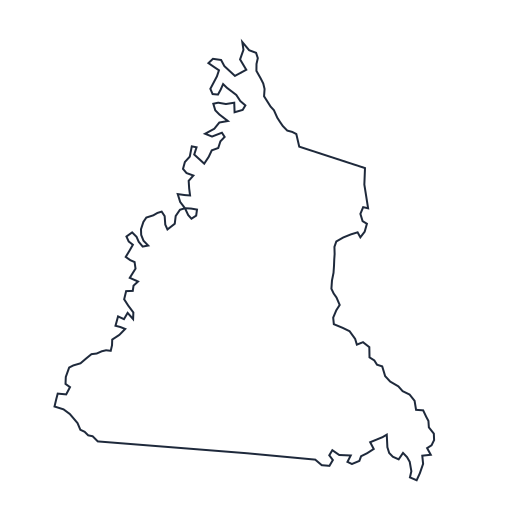 Espigão Alto do Iguaçu, Paraná, Brazil (Natural Earth projection), rotated 184°
{"feature_id": "56859067B3703545459584", "entity_name": "Espigão Alto do Iguaçu", "entity_type": "district", "adm_level": 2, "iso_a3": "BRA", "parent_name": "Brazil", "parent_adm1": "Paraná", "projection": "natural_earth1", "projection_center": [-52.784, -25.384], "detail": "fine", "context": "isolated", "style": "outline", "palette": "slate", "viewbox_px": 512, "rotation_deg": 184, "n_neighbors": 0, "source": "geoboundaries", "source_scale": "gbopen_adm2", "svg_char_len": 2905}
<svg xmlns="http://www.w3.org/2000/svg" viewBox="0 0 512 512"><g transform="rotate(184 256 256)"><path d="M182.7,57.0L175.8,51.9L168.1,51.8L165.1,57.8L169.0,62.3L166.3,67.6L159.1,63.3L147.6,63.6L150.4,57.0L145.8,55.2L138.6,58.8L137.2,63.6L131.4,67.0L125.1,71.7L129.1,78.2L117.0,84.2L113.1,86.9L111.6,74.4L109.4,68.8L105.5,65.3L99.5,63.1L95.6,69.8L91.3,65.9L88.3,61.4L86.0,52.1L87.0,45.9L80.1,43.5L77.4,50.7L74.8,60.3L76.2,68.4L67.8,69.9L71.9,76.3L67.7,79.4L65.5,84.8L66.2,91.2L71.6,97.1L72.5,103.5L75.0,107.5L78.5,113.7L85.6,113.7L87.7,122.6L93.1,128.5L100.3,131.4L104.9,135.9L113.4,140.1L118.8,145.2L122.4,154.7L127.7,156.0L130.7,160.1L135.7,162.8L136.6,173.0L143.3,177.5L149.2,174.6L151.3,180.2L157.4,187.5L164.6,190.4L173.6,193.4L174.7,199.9L172.1,207.5L169.1,213.0L172.8,220.2L175.9,224.0L178.5,228.6L178.5,236.9L177.5,244.6L177.5,251.6L177.7,258.0L177.7,263.4L178.4,270.6L176.9,276.1L170.2,280.6L162.8,284.2L156.3,286.7L153.2,281.9L149.3,287.8L147.6,295.9L152.1,298.2L154.8,305.3L152.5,312.2L147.5,311.4L152.9,334.8L153.4,351.3L220.5,368.1L224.3,380.5L228.5,382.3L233.6,383.3L238.4,387.6L241.4,391.4L244.4,395.4L248.3,402.7L251.9,406.1L259.1,415.9L259.1,423.2L260.8,428.6L263.8,433.6L268.5,440.7L268.9,447.6L268.0,453.5L270.1,458.7L277.2,460.8L284.6,468.5L282.9,460.8L285.6,451.0L278.7,441.1L289.6,434.2L300.8,443.2L304.5,449.1L312.7,449.7L316.9,445.1L310.8,441.5L305.9,438.7L307.5,432.5L313.2,419.6L310.6,414.5L305.2,414.4L302.9,419.4L300.8,425.2L296.8,421.8L286.9,415.3L282.5,409.5L277.1,405.5L279.5,400.8L287.4,397.9L288.4,407.4L296.6,405.5L304.4,406.3L309.2,404.9L306.8,398.5L302.4,394.6L293.5,388.7L301.9,386.6L306.5,380.0L315.3,374.4L308.2,372.1L298.6,376.6L295.6,372.6L299.5,367.9L301.2,361.1L307.5,358.3L310.1,351.6L314.1,344.5L324.7,352.9L322.9,360.3L327.7,360.9L329.0,350.5L333.5,344.8L334.9,337.8L331.1,333.9L324.1,331.9L328.4,326.3L327.4,318.8L326.0,311.8L331.1,311.8L338.4,312.3L335.4,304.6L330.2,298.7L335.1,296.8L338.9,290.3L339.3,282.5L346.2,276.3L348.7,281.0L349.9,289.4L353.2,293.7L357.3,292.1L361.3,289.4L368.1,286.7L370.7,282.2L372.6,274.7L372.0,269.0L369.3,263.4L364.3,258.9L369.7,257.5L374.0,262.0L376.5,266.8L381.2,270.9L386.6,266.4L384.0,261.6L379.6,258.6L382.6,252.4L385.9,246.0L381.2,243.1L376.7,241.5L375.3,235.0L380.4,225.4L371.9,222.3L376.1,217.9L376.5,212.6L383.1,211.9L384.5,203.6L380.0,197.6L374.4,191.1L374.2,184.5L380.1,190.3L383.3,183.8L389.4,186.1L391.3,176.6L386.4,175.7L381.4,174.1L386.8,167.8L393.6,162.6L393.4,156.9L394.3,151.3L399.0,151.5L403.2,150.2L408.1,147.6L413.3,146.6L418.2,142.0L423.6,136.7L430.6,134.1L434.6,131.7L437.3,122.1L437.1,115.1L432.4,112.2L435.7,104.7L444.2,104.9L445.3,99.1L446.5,91.8L437.3,89.6L430.6,85.3L422.4,76.9L419.1,70.4L414.7,68.7L410.9,65.4L406.4,64.8L400.9,60.0L251.4,58.6L182.7,57.0ZM330.2,298.7L324.1,298.8L318.1,298.2L318.5,292.1L323.0,288.7L326.5,292.1L330.2,298.7Z" fill="none" stroke="#1e293b" stroke-width="2"/></g></svg>